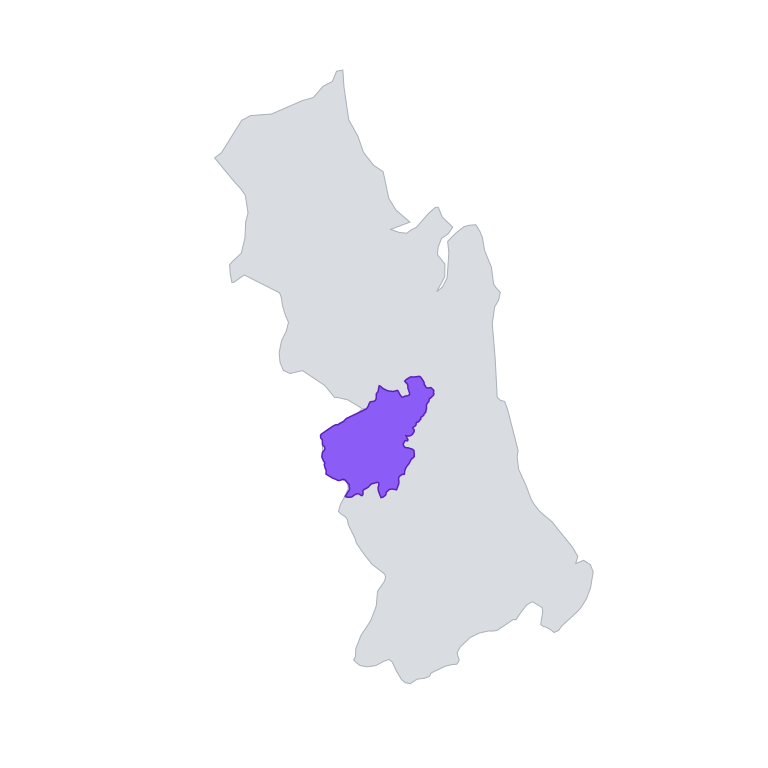 Portugal, with Castelo Branco highlighted, rotated 152°
{"feature_id": "PRT-751", "entity_name": "Castelo Branco", "entity_type": "District", "adm_level": 1, "iso_a3": "PRT", "parent_name": "Portugal", "parent_adm1": "", "projection": "robinson", "projection_center": [-7.603, 39.986], "detail": "fine", "context": "in_parent", "style": "filled", "palette": "violet", "viewbox_px": 768, "rotation_deg": 152, "n_neighbors": 0, "source": "natural_earth", "source_scale": "10m", "svg_char_len": 5575}
<svg xmlns="http://www.w3.org/2000/svg" viewBox="0 0 768 768"><g transform="rotate(152 384 384)"><path d="M297.2,107.2L306.1,99.3L315.0,94.2L319.9,92.3L340.3,87.0L345.6,84.4L350.6,84.8L351.5,87.3L354.3,92.3L357.6,95.7L358.5,98.2L350.5,108.8L349.4,112.4L353.5,119.3L354.3,121.3L356.3,122.2L361.8,121.9L371.6,117.5L378.2,113.9L380.5,115.4L399.8,113.3L404.4,115.0L407.4,116.8L416.9,119.4L427.2,119.7L440.0,116.1L445.6,112.5L446.6,108.5L446.9,105.5L448.6,103.6L451.5,102.5L456.0,104.5L462.5,106.1L478.1,106.7L481.2,104.5L486.5,105.2L493.5,107.9L501.5,107.0L505.6,110.4L507.3,115.0L507.8,124.8L507.3,134.7L508.9,138.4L514.4,139.3L523.2,139.2L531.1,141.9L537.3,146.6L539.4,151.4L540.3,154.7L537.2,156.6L533.0,163.7L522.3,172.9L506.8,181.3L495.1,191.6L487.0,204.0L476.8,209.3L473.7,212.1L472.5,215.5L479.3,230.7L481.4,242.4L483.1,256.8L482.1,260.8L481.6,276.6L480.0,281.3L480.4,285.0L482.9,289.0L484.0,292.9L479.4,297.8L470.9,303.5L464.6,308.6L462.9,313.3L463.3,316.2L474.0,326.2L476.0,330.2L474.5,340.1L468.4,356.4L462.6,366.3L461.6,367.3L454.8,370.1L422.6,370.2L414.8,372.4L415.9,374.4L423.5,387.1L431.4,393.9L434.0,395.4L436.9,410.3L449.7,434.1L462.1,437.4L466.5,443.3L465.7,451.7L461.9,460.8L454.3,470.2L445.2,476.8L439.3,483.4L438.8,491.0L436.9,500.7L434.1,508.3L433.4,513.5L456.2,545.9L468.9,544.3L470.6,545.1L468.3,552.8L464.3,561.9L459.5,563.6L448.6,566.4L438.3,578.1L430.0,592.1L423.7,598.9L417.9,615.7L418.7,622.9L421.5,634.1L427.4,663.2L418.9,664.5L385.9,683.6L375.7,683.6L356.6,675.2L322.9,672.5L311.9,670.1L298.1,675.5L287.5,675.4L279.1,682.4L273.0,680.5L280.0,664.8L291.1,633.8L290.7,614.9L293.4,598.4L290.5,582.1L285.1,571.9L292.6,545.6L291.8,532.0L285.1,514.8L305.6,517.4L299.3,510.6L293.1,506.4L287.1,507.4L281.9,507.1L264.4,513.8L255.7,515.8L253.1,514.6L254.2,504.0L249.7,490.2L256.7,486.5L264.9,485.5L271.8,479.6L276.1,473.0L273.9,461.3L280.0,450.2L294.1,440.8L286.8,442.2L278.4,448.1L265.2,469.3L260.8,480.1L249.6,483.6L239.5,485.3L234.4,484.2L228.2,481.5L227.7,473.5L228.3,467.2L232.5,454.6L234.3,436.8L240.3,420.9L239.9,416.6L238.3,410.3L243.6,404.1L250.2,400.0L260.1,386.4L274.1,353.8L290.2,319.3L289.0,315.1L285.6,311.9L287.0,302.7L296.8,262.4L300.7,257.1L305.2,245.3L306.4,226.3L308.2,213.1L307.8,206.5L306.4,198.6L300.4,183.5L294.2,151.5L293.8,140.8L299.1,135.4L290.5,134.6L286.6,127.7L287.5,119.9L297.2,107.2Z" fill="#d9dde1" stroke="#a8b0b8" stroke-width="1"/><path d="M471.5,303.1L470.3,303.3L466.2,305.8L464.4,306.6L463.6,307.6L462.7,310.3L461.8,311.7L462.6,313.4L463.3,317.4L464.5,318.9L465.6,319.3L468.2,319.6L469.2,319.9L470.2,320.8L471.5,322.7L473.7,325.2L477.5,331.7L475.9,334.3L475.4,335.5L475.6,336.8L475.3,337.8L474.7,340.7L474.4,341.2L473.5,341.9L473.2,342.4L473.2,343.1L473.6,344.2L473.5,344.8L473.4,345.9L473.3,347.8L473.0,349.0L470.6,352.4L469.7,352.9L467.5,353.7L466.7,354.3L466.1,355.9L466.2,357.2L466.6,358.2L466.8,359.2L466.4,360.3L465.3,362.3L464.8,363.4L464.8,364.5L465.1,365.2L465.2,366.1L464.1,368.6L462.7,369.2L448.6,370.8L445.6,370.7L443.5,369.5L441.9,370.0L438.1,369.9L436.3,370.2L434.7,370.9L433.4,371.2L412.7,370.3L412.8,370.6L411.9,370.2L409.9,370.9L408.3,371.9L407.0,373.1L404.9,374.7L403.3,374.4L401.7,373.6L399.5,373.5L397.9,374.6L396.7,376.5L395.8,378.3L395.2,379.1L393.3,379.8L391.7,381.4L390.4,383.3L389.0,384.7L388.1,383.5L387.4,381.4L387.0,380.6L385.0,377.6L383.0,375.4L381.2,374.4L379.8,373.3L377.9,372.6L376.7,372.5L375.7,372.2L375.0,371.9L374.8,370.9L374.9,369.1L374.9,367.3L374.7,366.5L374.7,365.6L374.5,364.7L374.2,364.0L373.6,363.5L371.3,363.5L368.3,362.4L366.3,362.8L365.8,363.6L364.7,369.6L363.9,370.8L363.5,372.3L363.5,373.6L364.2,375.4L364.3,376.2L364.4,376.8L362.3,377.5L359.0,377.8L356.9,377.7L354.5,376.2L349.2,374.2L348.3,372.7L347.9,368.5L347.9,366.3L348.6,365.2L348.4,363.0L348.5,362.5L348.5,361.8L348.4,361.3L348.0,360.6L347.4,360.0L346.3,359.5L345.1,359.2L344.1,358.6L343.6,356.8L343.1,355.5L343.1,354.9L343.8,353.9L344.4,353.4L344.4,352.7L344.4,352.1L344.9,351.5L345.4,351.0L349.7,349.7L350.6,349.8L351.2,349.4L352.0,348.3L352.8,347.4L353.7,347.1L354.5,346.9L355.4,346.3L356.4,345.5L358.2,342.0L359.7,340.6L360.0,339.9L360.7,339.4L361.1,339.2L362.4,339.0L363.5,337.8L365.6,337.3L367.2,337.3L367.6,336.9L367.7,336.3L367.9,335.7L368.4,335.5L369.7,335.4L370.3,334.8L370.7,334.6L371.6,334.4L372.2,334.5L372.8,334.7L373.2,334.9L373.7,334.6L375.0,332.8L375.7,332.4L376.4,332.3L378.2,332.2L379.2,331.7L379.3,331.1L378.9,329.5L379.2,328.5L380.4,327.3L382.6,326.2L384.0,326.0L385.2,326.0L386.0,326.2L386.9,326.6L388.8,328.0L389.0,325.7L388.9,323.8L389.4,323.1L389.8,322.8L390.3,322.9L390.5,323.3L390.8,323.7L391.5,323.9L392.5,323.8L394.4,322.6L395.2,321.8L395.6,321.2L395.6,320.5L395.6,319.8L395.5,319.0L395.0,317.9L392.4,316.1L390.8,314.3L389.8,313.5L389.3,312.7L388.8,311.3L389.1,310.4L391.2,305.8L393.1,305.1L394.7,304.9L395.8,304.4L399.4,301.9L402.0,300.9L404.5,299.4L406.6,297.4L408.4,294.8L410.8,295.7L414.0,295.1L414.9,294.3L415.6,293.5L416.3,291.9L416.5,291.1L417.8,289.0L422.6,284.7L426.3,287.6L428.6,288.3L429.6,288.2L432.7,287.4L434.8,285.1L435.5,285.0L436.5,284.8L438.1,284.6L438.9,284.7L440.0,285.1L439.2,292.0L438.0,295.1L437.3,296.0L436.5,296.8L435.5,298.0L435.2,298.9L435.3,299.6L435.7,300.0L436.3,300.3L436.9,300.4L437.9,300.8L439.9,301.2L442.4,301.7L446.7,300.2L451.2,300.2L452.5,299.8L453.1,299.2L453.4,298.3L453.8,297.4L454.4,296.5L455.4,295.7L456.0,295.9L456.6,296.4L456.9,297.2L457.9,298.8L458.7,299.5L460.9,299.9L463.1,299.8L464.6,299.4L465.6,299.5L466.2,299.6L468.6,300.7L470.0,301.7L471.0,302.7L471.4,303.1L471.5,303.1Z" fill="#8b5cf6" stroke="#5b21b6" stroke-width="1.5"/></g></svg>